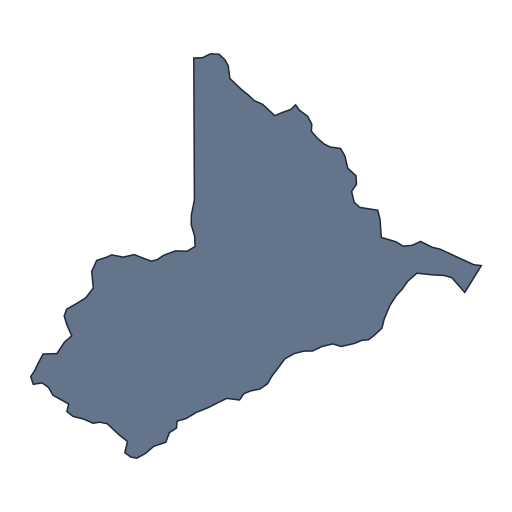 outline of Iguaraçu, Paraná, Brazil
{"feature_id": "56859067B69618281241439", "entity_name": "Iguaraçu", "entity_type": "district", "adm_level": 2, "iso_a3": "BRA", "parent_name": "Brazil", "parent_adm1": "Paraná", "projection": "albers", "projection_center": [-51.847, -23.218], "detail": "fine", "context": "isolated", "style": "filled", "palette": "slate", "viewbox_px": 512, "rotation_deg": 0, "n_neighbors": 0, "source": "geoboundaries", "source_scale": "gbopen_adm2", "svg_char_len": 1644}
<svg xmlns="http://www.w3.org/2000/svg" viewBox="0 0 512 512"><path d="M38.4,362.8L34.8,370.4L30.7,376.6L33.2,384.3L42.2,382.9L48.5,387.5L52.9,395.2L58.9,398.6L68.7,404.0L66.9,411.5L73.0,416.4L84.0,419.2L93.1,423.3L99.5,422.2L107.2,423.7L119.5,435.2L127.5,441.5L124.8,452.7L130.9,457.1L136.9,458.2L145.9,453.1L153.8,446.3L165.8,442.2L169.4,432.7L176.5,428.0L177.1,421.2L186.2,418.5L195.9,412.6L208.1,407.7L216.2,403.5L226.7,398.4L239.5,400.0L243.8,393.7L250.7,390.9L259.8,389.1L267.5,383.8L271.5,376.7L279.2,366.5L285.0,358.7L294.2,353.6L304.0,351.1L312.6,351.0L322.0,346.5L332.7,343.9L341.2,346.5L354.3,343.5L362.2,340.2L368.4,339.8L373.7,335.8L381.9,328.2L384.4,318.4L390.0,305.3L396.2,295.7L402.2,289.1L407.8,281.2L416.9,273.2L433.0,274.9L443.4,275.4L451.6,277.5L464.8,292.4L481.3,265.6L473.8,264.7L439.9,249.1L432.2,247.3L420.6,241.4L411.9,245.4L402.9,246.1L396.1,241.8L381.3,237.4L380.0,219.2L377.7,210.2L359.7,207.4L354.3,202.5L351.6,191.5L356.5,184.2L356.0,175.8L347.7,168.1L344.9,156.0L340.6,148.5L329.9,146.9L323.8,143.8L317.1,137.9L311.4,131.3L311.8,124.1L307.5,116.1L299.4,110.2L295.6,104.8L290.9,109.4L282.5,112.4L274.8,115.7L262.6,104.3L254.2,100.6L248.3,95.0L242.1,90.1L229.9,78.5L228.2,65.7L225.0,59.9L219.2,54.3L210.5,53.8L202.5,57.7L193.8,58.0L194.4,199.9L191.4,214.8L191.2,224.6L194.6,236.0L195.1,246.5L187.1,251.2L175.4,250.9L163.6,255.3L157.2,259.7L151.0,261.1L142.5,257.9L134.3,254.6L123.2,257.1L111.8,254.9L106.1,257.4L96.7,260.4L91.7,271.4L93.3,288.1L85.6,297.9L74.9,304.5L66.6,309.1L64.2,316.1L66.8,324.6L71.7,335.8L64.5,342.1L56.9,353.6L43.1,354.0L38.4,362.8Z" fill="#64748b" stroke="#1e293b" stroke-width="1.5"/></svg>